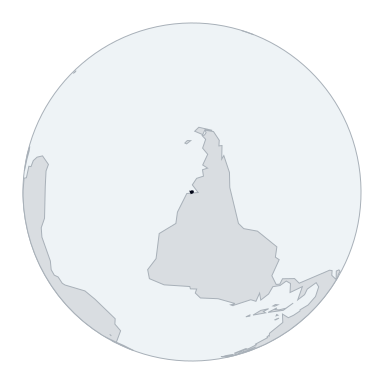 globe centered on Canelones, rotated 168°
{"feature_id": "URY-17", "entity_name": "Canelones", "entity_type": "Department", "adm_level": 1, "iso_a3": "URY", "parent_name": "Uruguay", "parent_adm1": "", "projection": "orthographic", "projection_center": [-56.01, -34.547], "detail": "fine", "context": "on_globe", "style": "filled", "palette": "ink", "viewbox_px": 384, "rotation_deg": 168, "n_neighbors": 0, "source": "natural_earth", "source_scale": "10m", "svg_char_len": 3658}
<svg xmlns="http://www.w3.org/2000/svg" viewBox="0 0 384 384"><g transform="rotate(168 192 192)"><circle cx="192" cy="192" r="169" fill="#eef3f6" stroke="#a8b0b8"/><path d="M148.0,28.9L149.1,28.7L152.5,27.7L169.0,24.6L185.7,23.2L192.4,23.2L192.6,23.3L184.4,23.9L172.5,24.7L161.9,27.2L174.7,24.8L174.8,25.9L177.3,26.0L180.7,25.7L182.9,25.1L184.2,25.5L172.1,27.6L170.7,27.2L174.6,26.4L169.0,27.0L160.8,29.2L161.5,30.0L148.4,33.8L148.8,34.6L146.1,36.1L146.5,34.5L145.6,37.7L130.3,45.5L128.9,53.8L123.9,49.0L118.3,50.3L111.2,53.1L110.8,54.3L102.0,57.3L92.9,64.1L87.8,72.9L89.4,77.5L99.4,73.1L103.2,68.2L111.0,64.5L103.7,76.5L117.0,73.3L114.7,82.0L118.3,85.3L125.4,82.2L132.6,82.6L138.3,76.3L147.2,72.0L146.9,79.0L152.2,71.8L156.9,74.4L175.0,72.5L173.5,74.2L188.7,82.2L205.8,86.6L209.8,92.5L207.6,96.1L213.7,97.6L213.8,100.0L238.6,107.0L251.7,116.1L251.5,125.3L241.0,134.3L232.7,158.2L214.3,164.6L210.4,175.4L197.4,191.6L186.1,190.2L190.2,198.9L184.6,204.4L177.5,205.1L177.1,211.6L171.8,212.1L175.9,216.2L168.8,225.6L172.5,232.7L167.7,240.7L170.3,245.0L168.0,245.1L165.9,247.1L166.2,249.7L158.4,246.6L154.6,236.9L156.1,231.5L153.0,231.2L156.1,218.0L153.3,221.0L151.3,203.3L154.1,188.6L153.1,151.6L149.0,145.4L136.1,140.1L120.4,120.7L124.0,110.9L120.8,107.7L131.3,93.5L128.9,84.1L125.3,83.6L121.5,88.3L109.7,86.0L106.1,80.5L73.7,86.9L71.3,86.0L72.6,81.4L69.2,76.4L67.3,84.7L64.5,85.3L63.7,83.6L65.9,81.1L67.8,77.5L67.1,78.2L75.5,69.6L84.5,61.6L94.0,54.3L104.0,47.7L114.5,41.9L125.3,36.7L136.5,32.4L148.0,28.9ZM127.3,57.3L142.6,58.4L133.1,61.0L135.1,59.7L131.4,58.6L124.2,58.8L116.1,62.3L127.3,57.3ZM135.9,50.2L133.1,50.5L135.9,49.8L135.9,50.2ZM171.9,253.9L159.4,248.1L166.2,250.4L169.6,245.9L176.7,250.9L171.9,253.9ZM182.6,242.5L187.3,240.2L188.8,241.4L185.9,243.3L182.6,242.5ZM300.3,62.3L301.4,63.6L297.7,61.1L291.0,56.3L281.8,48.9L285.1,51.0L300.3,62.3ZM358.1,223.1L356.9,228.6L353.4,240.4L351.0,240.4L346.2,251.1L344.2,250.3L340.7,255.7L336.3,258.3L330.7,258.4L326.7,248.8L330.4,242.9L334.4,227.9L341.7,197.0L346.9,188.4L348.2,179.1L344.9,153.9L345.9,145.3L344.0,139.3L340.6,136.7L337.9,129.7L335.5,127.4L317.3,117.5L309.2,107.3L293.5,84.0L294.9,78.8L290.7,71.1L297.2,60.8L303.5,65.6L309.2,70.3L317.5,78.9L325.2,88.0L332.2,97.7L338.5,107.8L344.1,118.4L348.9,129.3L352.9,140.5L356.2,152.0L358.6,163.7L360.2,175.5L360.9,187.4L360.8,199.4L359.9,211.3L358.1,223.1ZM300.8,68.0L302.1,69.9L300.8,68.0ZM175.6,72.3L177.7,73.6L174.8,73.8L175.6,72.3ZM131.4,63.8L134.8,63.1L136.5,63.7L133.8,64.6L131.4,63.8ZM161.2,58.6L165.3,58.7L160.9,59.7L161.2,58.6ZM145.1,58.5L157.9,58.9L149.3,61.9L141.3,61.9L147.0,60.3L145.1,58.5ZM133.5,53.6L135.5,53.4L134.6,54.6L133.5,53.6ZM137.9,49.7L137.0,50.0L136.2,49.5L137.9,49.7ZM175.5,25.8L176.5,25.7L179.8,25.5L178.0,25.8L175.5,25.8ZM196.3,24.3L197.9,25.1L195.5,24.6L193.2,24.9L185.3,24.6L192.3,23.4L190.5,23.9L196.3,24.3ZM176.6,24.4L180.8,24.4L175.9,24.5L176.6,24.4ZM283.5,332.7L280.1,334.8L281.6,333.5L283.5,332.7ZM345.2,263.2L341.2,270.4L342.8,265.9L346.6,258.6L351.5,247.6L351.4,247.9L345.2,263.2ZM98.9,333.0L99.9,333.7L106.5,337.7L110.2,339.8L98.9,333.0Z" fill="#d9dde1" stroke="#a8b0b8" stroke-width="1"/><path d="M193.5,192.8L193.3,192.7L193.2,192.7L192.9,192.7L192.6,192.7L192.4,192.7L192.3,192.8L192.1,192.9L192.0,193.0L191.9,193.0L191.9,192.9L191.9,192.7L191.7,192.6L191.4,192.6L191.2,192.5L191.0,192.4L190.9,192.4L190.9,192.2L191.0,192.1L191.1,191.9L191.0,191.7L191.2,191.4L191.3,191.4L191.5,191.5L191.7,191.4L191.8,191.3L192.0,191.1L192.3,191.2L192.6,191.1L193.0,191.0L193.0,191.3L193.2,191.6L193.1,191.8L193.3,192.0L193.3,192.3L193.4,192.5L193.5,192.6L193.5,192.8Z" fill="#0f172a" stroke="#020617" stroke-width="1.5"/></g></svg>